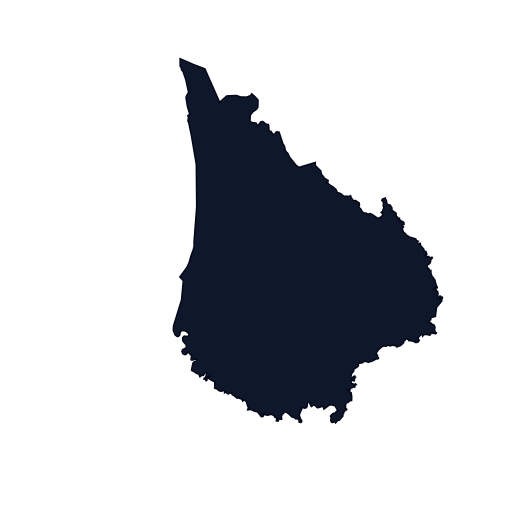 the district of Dat Do, Bà Rịa - Vũng Tàu, Vietnam, rotated 131°
{"feature_id": "81297802B14105634475822", "entity_name": "Dat Do", "entity_type": "district", "adm_level": 2, "iso_a3": "VNM", "parent_name": "Vietnam", "parent_adm1": "Bà Rịa - Vũng Tàu", "projection": "orthographic", "projection_center": [107.299, 10.478], "detail": "fine", "context": "isolated", "style": "filled", "palette": "ink", "viewbox_px": 512, "rotation_deg": 131, "n_neighbors": 0, "source": "geoboundaries", "source_scale": "gbopen_adm2", "svg_char_len": 6049}
<svg xmlns="http://www.w3.org/2000/svg" viewBox="0 0 512 512"><g transform="rotate(131 256 256)"><path d="M127.4,196.4L130.1,198.0L131.5,197.5L131.8,195.0L134.7,192.9L135.3,191.6L138.7,190.1L140.2,189.8L141.0,190.1L141.2,187.4L141.6,187.2L145.1,187.4L147.6,188.7L148.4,195.4L149.1,197.7L149.6,198.2L150.9,198.6L151.4,201.2L152.8,202.8L152.9,204.9L151.8,207.5L151.6,210.7L149.8,211.2L148.3,212.9L148.4,214.7L149.3,215.1L148.6,216.3L148.7,217.3L150.1,218.2L150.3,218.7L149.4,222.7L148.4,224.2L150.2,225.0L151.6,227.3L152.5,227.5L153.3,229.6L153.3,233.1L154.7,236.2L153.3,239.4L153.3,242.9L154.1,247.9L153.6,249.9L154.1,250.9L152.0,250.7L151.7,251.1L152.4,255.7L151.8,257.1L151.5,259.8L150.6,261.4L149.3,262.8L148.8,270.6L146.5,272.6L160.9,281.7L161.2,285.3L159.4,295.5L157.6,299.5L157.6,301.2L156.9,303.4L154.5,306.4L153.6,309.4L147.4,319.8L148.4,321.6L149.4,322.2L151.9,321.9L153.0,322.9L152.1,326.6L153.1,327.5L152.2,329.1L149.5,331.6L148.7,332.9L150.1,335.4L149.9,338.5L150.5,339.7L151.4,340.3L156.9,340.2L155.6,343.2L157.8,346.5L158.5,348.7L153.6,352.7L149.3,352.9L144.9,351.9L142.7,352.1L137.0,356.7L136.4,361.9L136.4,365.7L138.4,365.3L142.2,367.3L146.1,372.0L147.6,376.0L154.4,383.1L163.8,384.3L148.3,417.4L152.4,428.5L156.9,442.7L162.5,437.8L162.8,436.2L164.3,434.4L164.7,432.0L169.0,424.6L176.7,414.3L180.9,413.5L182.5,412.6L188.1,405.9L192.7,398.7L193.9,398.2L193.9,399.4L194.6,399.6L195.3,399.0L195.8,397.0L196.7,397.3L199.0,395.8L199.1,394.8L207.6,383.6L226.1,361.1L257.7,333.1L285.8,312.2L289.1,309.2L292.5,307.4L298.7,305.1L305.0,302.1L309.9,300.7L321.8,299.7L322.4,294.6L338.0,283.4L362.8,272.4L366.2,269.8L368.6,265.5L368.5,262.8L368.0,262.0L366.1,261.6L362.8,263.4L360.9,262.9L359.4,261.2L358.7,259.3L358.7,255.8L359.5,254.8L360.8,254.7L361.9,255.1L363.2,257.3L363.9,257.7L365.6,257.8L367.6,256.2L368.3,254.8L368.9,250.5L369.8,249.1L371.9,248.6L374.7,250.0L376.7,249.3L377.7,247.1L377.4,245.4L376.3,244.3L373.5,244.2L373.1,243.2L373.6,239.1L376.6,237.3L376.9,236.5L376.0,235.4L373.6,234.2L372.8,232.6L373.8,231.9L376.6,233.3L378.3,233.3L384.3,229.9L384.6,229.3L383.8,226.7L383.7,224.0L382.6,221.7L384.0,219.1L383.2,218.7L381.7,219.2L381.3,218.9L381.0,217.6L380.6,217.4L378.1,217.9L377.1,217.4L377.1,216.2L378.6,215.4L380.8,214.5L382.3,214.9L383.0,214.7L382.4,213.5L382.9,211.8L381.8,211.6L379.9,213.2L378.6,213.4L377.4,213.0L376.7,212.0L377.0,211.5L378.8,212.2L379.5,211.8L379.1,208.4L378.0,204.7L381.2,201.7L382.7,200.8L382.8,200.2L381.9,198.1L382.0,195.8L381.6,194.8L380.7,193.3L378.6,192.1L378.8,190.7L379.8,190.0L378.1,189.6L378.7,188.4L378.5,186.5L376.7,185.9L375.5,184.5L376.3,182.8L375.8,180.8L375.7,176.9L375.2,176.5L374.4,176.9L374.2,174.7L373.3,172.7L374.2,170.8L372.3,170.5L372.1,170.1L372.4,167.5L374.8,163.8L375.1,162.5L377.6,161.4L375.2,159.2L374.3,155.8L372.6,152.5L373.8,146.7L373.5,146.1L372.3,145.4L371.2,145.7L371.0,147.0L370.2,147.2L369.4,144.0L368.2,142.4L366.3,141.4L365.1,139.7L364.7,137.2L365.4,135.7L364.4,134.2L365.5,133.2L367.1,132.6L366.0,130.9L365.1,131.3L365.0,132.6L364.4,132.8L362.7,129.7L362.2,129.6L360.3,131.7L359.3,132.1L355.1,132.0L354.0,131.0L353.7,127.8L353.9,123.0L352.9,121.8L352.9,119.3L351.3,117.3L351.4,116.2L353.0,114.6L352.3,112.9L351.7,112.7L350.5,113.1L349.6,115.8L348.0,118.6L346.4,119.6L340.1,121.5L339.5,121.1L339.2,119.8L338.1,118.7L336.2,118.6L333.3,120.7L332.5,120.8L331.8,120.4L331.8,119.2L333.3,115.5L330.4,114.7L330.0,112.7L330.3,110.9L330.0,109.7L325.3,106.8L327.0,104.3L320.5,102.9L318.8,101.4L317.2,98.0L319.1,92.9L320.8,93.4L322.1,93.1L324.8,94.7L328.0,94.8L328.7,93.2L331.3,91.6L331.9,89.8L331.4,89.0L329.9,88.2L329.5,87.6L329.8,86.4L326.6,86.5L325.3,85.4L319.8,85.4L318.2,86.8L316.9,86.7L316.5,87.6L312.3,86.8L311.7,89.2L310.9,89.6L310.1,90.8L309.0,90.8L308.0,91.8L306.3,90.6L303.4,90.1L302.4,89.0L299.5,91.3L296.8,94.4L297.1,97.6L296.7,99.0L295.7,97.2L293.4,97.9L292.1,96.8L290.6,96.6L290.3,95.5L289.3,96.2L288.9,96.0L288.3,96.4L287.3,96.0L287.2,97.1L288.8,97.7L288.8,99.1L289.6,100.1L287.9,102.8L287.6,102.8L285.7,99.9L284.7,101.2L283.7,101.0L283.4,101.9L282.4,101.6L282.8,102.4L281.9,102.6L282.4,103.2L284.8,103.6L285.3,104.5L284.7,105.3L282.3,106.6L278.7,106.8L277.5,107.9L272.6,106.6L271.4,106.8L270.9,107.8L269.5,108.0L267.1,105.8L264.0,104.9L262.4,101.4L258.3,99.0L254.8,97.7L253.7,96.5L252.7,96.5L252.0,98.5L251.1,99.3L251.3,100.8L250.2,101.6L246.4,102.1L240.8,101.2L238.8,98.6L236.9,98.1L235.7,95.5L233.9,94.9L233.2,93.2L231.9,91.7L232.4,90.2L232.1,89.9L229.0,88.3L227.1,87.9L224.6,87.7L223.2,88.7L222.3,88.3L219.8,88.5L219.1,85.9L219.6,84.9L218.4,83.7L216.9,80.7L216.8,79.1L215.5,77.7L214.3,77.2L212.7,77.3L212.0,79.3L211.2,80.1L207.0,79.9L206.5,79.7L206.4,78.9L207.2,77.6L205.8,77.8L204.8,77.3L202.9,75.3L201.9,72.9L198.4,73.1L198.0,72.6L198.3,71.7L197.4,71.5L197.5,70.6L196.9,69.4L195.7,69.3L195.7,71.4L194.1,73.1L192.6,74.0L191.6,75.4L191.3,76.7L191.8,77.7L192.0,83.0L189.5,82.3L187.8,83.6L183.9,81.0L176.4,86.0L167.9,86.3L167.2,87.2L165.1,87.9L164.8,88.4L165.2,89.0L166.7,88.7L166.8,89.1L165.3,90.4L165.4,90.9L166.4,91.1L167.7,89.5L168.8,91.3L168.0,92.1L166.8,92.5L166.3,93.3L165.4,93.6L163.9,95.2L163.1,99.2L164.4,100.2L163.3,100.5L161.5,98.4L161.0,98.4L160.6,98.8L159.6,101.2L156.7,105.4L155.6,110.4L154.1,112.8L152.2,114.5L153.1,115.2L153.1,115.7L152.2,116.8L152.4,117.9L151.7,120.3L150.4,120.6L147.6,119.9L145.2,120.8L145.0,121.6L142.0,121.6L141.4,122.0L141.7,122.6L143.5,123.7L143.0,125.3L143.8,125.8L144.7,128.5L143.4,129.0L143.2,128.2L142.8,128.1L141.3,130.1L141.3,131.3L142.2,132.7L140.8,133.7L140.1,138.9L138.6,140.2L138.8,140.7L140.0,140.7L140.3,141.5L140.1,143.0L138.4,143.2L139.1,144.8L138.3,146.7L141.2,153.1L141.1,154.7L141.7,156.3L141.1,157.9L141.3,160.3L140.2,162.0L139.8,163.6L137.2,163.8L136.9,166.0L134.7,165.1L133.7,166.6L133.7,168.0L134.8,168.7L134.1,170.2L135.5,170.0L135.7,170.5L135.3,171.3L133.4,172.6L134.5,173.6L133.8,174.6L133.9,176.3L131.8,178.3L132.2,182.8L131.8,184.3L130.6,184.7L129.5,188.1L130.6,189.9L130.7,190.9L130.0,192.5L128.4,194.1L128.2,195.9L127.4,196.4Z" fill="#0f172a" stroke="#020617" stroke-width="1.5"/></g></svg>